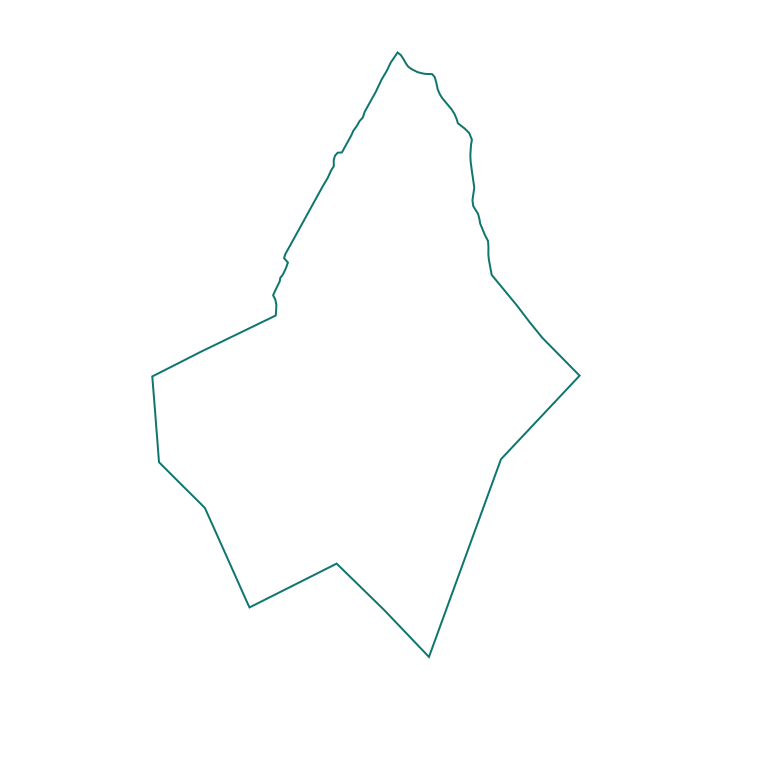 Santa Luzia do Paruá, Maranhão, Brazil (Natural Earth projection), rotated 135°
{"feature_id": "56859067B5284280093105", "entity_name": "Santa Luzia do Paruá", "entity_type": "district", "adm_level": 2, "iso_a3": "BRA", "parent_name": "Brazil", "parent_adm1": "Maranhão", "projection": "natural_earth1", "projection_center": [-45.86, -2.528], "detail": "fine", "context": "isolated", "style": "outline", "palette": "teal", "viewbox_px": 768, "rotation_deg": 135, "n_neighbors": 0, "source": "geoboundaries", "source_scale": "gbopen_adm2", "svg_char_len": 1342}
<svg xmlns="http://www.w3.org/2000/svg" viewBox="0 0 768 768"><g transform="rotate(135 384 384)"><path d="M140.0,608.8L152.1,606.5L160.8,603.4L170.1,601.1L183.2,596.4L188.8,594.8L205.3,590.1L210.5,587.4L215.3,587.2L220.7,585.7L226.7,584.7L231.5,582.9L250.0,577.5L253.2,580.3L257.2,580.1L261.2,577.9L265.5,573.5L270.1,572.5L278.1,569.5L282.2,568.5L287.3,567.2L344.5,550.6L362.3,545.5L365.7,543.6L366.1,537.8L371.3,535.3L378.1,532.9L382.2,532.4L385.2,530.3L395.7,526.7L399.7,525.1L401.1,520.6L404.4,515.8L407.9,512.6L412.1,509.0L490.4,536.2L542.5,553.2L566.1,525.5L573.0,517.5L582.1,506.8L598.4,487.8L598.4,454.0L598.3,441.4L598.3,427.2L598.4,422.7L605.7,403.5L633.4,331.0L635.3,326.1L637.1,321.1L631.9,319.4L544.5,290.5L543.7,224.1L545.2,159.2L354.5,248.1L239.8,251.6L239.4,304.7L237.3,324.7L234.4,346.4L230.7,385.0L221.6,398.2L218.4,402.0L213.3,407.0L209.3,411.6L207.3,418.0L202.6,429.3L200.1,432.9L197.2,437.7L195.1,446.7L191.4,451.5L188.6,453.6L185.6,455.8L181.2,459.1L172.3,471.1L165.4,480.1L161.2,484.7L153.7,491.3L149.1,494.6L146.3,501.1L146.3,507.6L147.4,516.0L145.1,520.4L143.2,525.2L142.0,530.5L140.7,544.8L139.6,549.6L137.6,554.5L133.7,560.5L131.1,565.2L130.9,569.2L134.7,573.1L137.1,576.3L139.8,580.9L141.9,587.4L142.5,591.2L141.8,595.4L140.7,599.1L139.5,604.6L140.0,608.8Z" fill="none" stroke="#0f766e" stroke-width="2"/></g></svg>